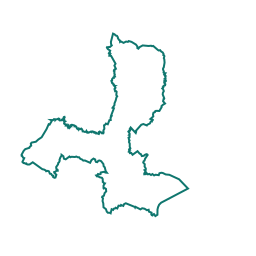 outline of Hat Yai, Songkhla, Thailand, rotated 118°
{"feature_id": "78962969B23143470212652", "entity_name": "Hat Yai", "entity_type": "district", "adm_level": 2, "iso_a3": "THA", "parent_name": "Thailand", "parent_adm1": "Songkhla", "projection": "mercator", "projection_center": [100.414, 6.987], "detail": "fine", "context": "isolated", "style": "outline", "palette": "teal", "viewbox_px": 256, "rotation_deg": 118, "n_neighbors": 0, "source": "geoboundaries", "source_scale": "gbopen_adm2", "svg_char_len": 5967}
<svg xmlns="http://www.w3.org/2000/svg" viewBox="0 0 256 256"><g transform="rotate(118 128 128)"><path d="M89.0,106.8L87.9,109.6L85.6,110.2L85.3,109.8L84.8,109.9L82.1,113.1L80.6,113.7L78.6,113.7L77.2,115.3L77.0,116.3L75.8,116.0L75.4,116.4L74.9,116.0L74.0,116.4L72.9,115.3L71.8,115.6L71.0,117.3L69.4,118.0L69.5,117.4L68.9,117.2L69.1,116.7L68.6,116.6L67.7,117.8L67.1,117.9L67.0,118.5L66.6,118.2L65.2,119.1L64.1,120.7L63.9,120.1L63.5,120.9L62.1,120.7L62.5,121.7L62.2,122.7L61.4,122.8L59.8,124.6L58.9,125.0L57.7,124.9L53.1,126.4L50.3,128.2L49.5,129.2L47.7,129.5L47.1,130.0L47.0,131.1L46.0,131.3L45.0,132.8L44.9,134.6L44.2,136.2L45.1,137.1L45.1,138.1L43.7,144.3L44.5,145.2L44.5,146.2L45.9,148.3L48.2,153.8L51.1,155.7L53.1,156.1L53.0,157.3L51.7,157.9L50.6,160.1L50.3,165.3L50.9,168.2L52.0,168.5L52.6,170.3L54.9,171.9L54.9,175.0L55.7,175.4L54.5,176.3L54.4,177.4L53.4,179.1L52.7,179.5L51.8,181.0L52.1,182.4L51.6,183.8L51.7,185.5L60.1,183.5L62.0,182.2L62.7,181.1L65.0,182.0L65.4,182.9L66.3,183.6L66.4,184.4L66.9,184.4L67.7,183.0L68.1,180.0L69.6,179.9L69.9,179.5L70.4,179.8L70.9,179.1L71.3,179.6L71.7,179.0L71.3,178.4L72.9,178.4L72.3,176.7L77.1,169.2L79.3,169.3L81.4,166.5L82.2,167.1L82.6,166.9L83.1,167.5L84.3,167.3L84.7,166.3L86.0,165.9L86.9,164.8L87.8,164.8L88.7,163.6L89.8,164.5L90.3,164.2L90.4,164.6L92.4,165.0L93.4,164.4L94.2,164.8L95.5,163.4L95.3,163.3L95.8,162.2L96.6,161.3L96.3,160.8L97.1,160.2L96.9,159.5L97.3,159.8L98.1,158.1L98.7,157.9L99.6,158.3L100.5,157.8L100.8,157.0L101.4,156.7L101.0,156.3L101.3,155.1L104.4,153.8L105.1,152.4L106.4,152.6L109.4,151.8L112.5,151.5L114.2,150.7L117.4,151.1L117.2,149.7L125.2,148.7L125.1,148.1L127.1,148.2L129.1,147.0L129.8,148.1L134.2,147.6L134.5,149.6L135.6,149.6L136.9,150.4L139.8,148.5L141.6,148.6L143.5,147.4L144.3,147.3L144.9,148.5L144.3,149.1L144.7,150.2L144.4,151.3L145.2,151.8L146.3,150.9L147.0,150.9L147.2,152.7L147.7,153.4L147.1,153.7L147.2,154.8L147.6,154.6L147.9,155.1L148.0,156.1L147.5,156.8L148.0,157.6L147.8,157.9L148.4,158.8L148.8,158.6L148.8,159.3L150.5,160.5L150.5,161.6L151.0,161.3L151.3,161.8L150.2,163.3L151.2,163.3L151.9,164.8L151.8,166.1L152.2,166.5L151.0,167.6L150.9,167.9L151.6,168.0L150.8,168.2L151.0,168.9L150.7,169.2L151.6,169.8L151.5,170.6L152.0,170.7L151.5,171.0L151.6,171.7L152.6,172.0L152.4,172.9L151.1,174.3L151.5,175.5L151.0,175.4L150.9,176.5L151.5,179.1L152.4,179.9L153.2,178.9L154.0,180.0L154.5,179.7L154.7,180.2L154.9,179.7L155.8,179.9L155.6,180.7L155.1,180.4L155.2,180.9L154.7,180.8L154.8,181.3L154.2,181.2L153.8,181.8L154.3,181.8L153.8,182.1L153.9,182.6L154.6,182.7L154.8,183.4L154.1,183.7L154.5,184.0L154.0,184.1L154.0,184.6L154.5,184.7L154.1,186.5L152.6,187.0L151.7,186.6L151.9,188.0L151.6,188.5L150.6,188.7L150.4,188.4L150.0,188.9L148.4,188.9L148.0,189.3L148.5,189.8L150.6,189.5L151.6,190.3L152.3,190.2L153.4,191.9L153.2,192.6L152.2,192.9L152.2,193.7L153.8,194.9L154.2,195.8L155.2,196.0L154.6,196.5L154.9,197.5L156.2,197.9L157.2,199.9L157.3,198.6L161.8,198.8L161.9,199.8L167.2,199.4L176.7,199.9L180.3,201.8L183.4,202.9L186.1,206.2L187.4,206.5L189.0,205.2L190.7,205.9L191.8,205.8L194.9,208.8L197.2,209.4L201.7,209.4L202.5,208.8L202.3,208.3L203.4,206.8L203.3,205.5L207.5,205.3L208.0,203.8L207.5,202.8L207.7,201.8L207.0,201.1L207.5,200.4L207.3,199.3L206.4,197.8L203.0,196.0L204.6,184.3L204.1,182.7L204.1,180.7L204.6,180.0L203.5,178.7L203.4,177.4L205.0,175.6L204.6,174.3L205.5,172.7L205.2,171.6L206.4,171.1L206.5,169.6L205.8,168.8L202.9,169.3L202.1,172.1L201.6,172.5L200.5,171.5L199.5,171.2L198.7,170.0L197.9,170.6L197.8,172.0L196.2,173.1L192.9,172.7L191.7,173.2L190.7,172.8L189.0,172.9L188.4,173.5L185.8,173.9L183.8,173.7L182.9,174.1L183.3,171.8L185.2,170.1L184.9,168.3L180.6,166.3L180.9,165.2L179.9,164.3L178.5,161.2L177.5,160.3L177.4,158.5L176.8,157.5L177.6,155.6L177.4,153.7L177.8,152.2L176.9,150.8L176.5,145.1L173.5,145.2L171.2,144.1L171.2,142.2L172.1,141.6L173.0,140.3L172.6,139.1L170.8,138.8L170.0,137.8L169.9,136.1L171.4,132.8L173.2,131.5L173.6,130.1L176.5,127.5L177.4,125.7L178.0,127.2L177.8,127.9L178.1,128.8L180.1,131.2L181.6,130.6L182.4,131.6L182.7,132.9L184.0,132.9L184.8,133.8L185.3,132.7L184.7,131.7L184.8,129.9L184.2,127.6L184.9,126.4L187.5,124.9L187.4,124.4L188.1,123.4L187.8,122.4L190.3,122.6L192.6,121.4L192.8,121.1L192.0,120.5L192.1,118.9L194.2,117.5L196.4,118.1L199.1,117.5L200.5,118.5L201.3,118.4L201.8,117.1L204.4,116.2L206.2,114.4L209.5,112.4L210.0,109.4L211.8,107.5L212.3,106.0L211.3,104.1L211.4,103.3L207.4,104.3L207.3,102.7L206.0,102.7L205.0,101.6L204.2,101.5L204.1,99.7L201.0,99.9L200.2,97.9L199.2,98.0L199.0,95.6L197.0,95.7L195.5,94.6L194.5,84.8L194.8,84.4L194.1,84.4L194.0,78.8L192.2,77.8L191.5,75.5L191.7,72.7L190.5,71.4L192.0,70.2L191.7,67.5L193.3,66.9L193.8,66.1L193.7,65.3L192.4,65.2L191.8,64.7L192.9,62.5L190.8,61.3L186.1,63.7L183.8,64.3L181.1,64.5L178.4,63.7L153.3,46.6L149.3,58.8L149.9,69.5L151.3,72.9L151.4,76.2L151.9,77.6L153.2,79.0L155.2,78.7L156.3,81.7L157.6,82.7L157.2,84.8L158.7,85.6L158.5,87.6L159.6,88.7L159.1,90.3L160.3,90.5L161.2,91.9L160.5,92.3L157.9,92.2L157.4,93.6L156.4,92.8L155.4,93.3L154.2,95.3L152.1,96.2L151.4,98.3L150.1,98.6L149.0,98.1L147.2,98.5L142.6,98.0L142.3,98.5L142.5,99.5L143.8,100.5L145.1,101.0L146.3,102.6L145.0,104.5L145.2,105.6L144.0,108.7L149.5,111.4L148.5,113.4L149.3,114.5L148.6,115.4L148.6,116.0L147.7,115.7L147.8,116.2L146.8,116.5L146.7,116.9L146.1,117.0L145.6,116.8L145.7,116.3L144.9,116.3L143.7,117.7L141.0,119.1L139.9,120.6L138.4,120.8L138.5,121.1L136.7,122.6L136.1,122.4L136.0,122.8L135.3,122.4L133.5,123.3L133.6,123.8L132.8,123.6L132.1,124.0L131.0,126.0L130.2,125.8L130.0,125.4L129.3,125.5L129.2,125.0L128.1,125.1L128.6,125.5L128.0,125.5L127.9,126.0L126.3,125.9L128.8,118.8L127.5,119.0L126.8,119.7L118.9,117.8L117.3,116.3L116.9,112.6L116.2,112.6L113.7,110.8L111.7,110.9L111.0,110.6L110.9,110.0L109.7,110.4L109.0,109.2L109.4,112.4L105.9,111.1L104.3,112.3L102.5,112.7L101.4,111.7L100.5,111.9L99.7,111.3L98.2,108.3L93.8,108.1L93.0,108.7L91.4,108.2L89.0,106.8Z" fill="none" stroke="#0f766e" stroke-width="2"/></g></svg>